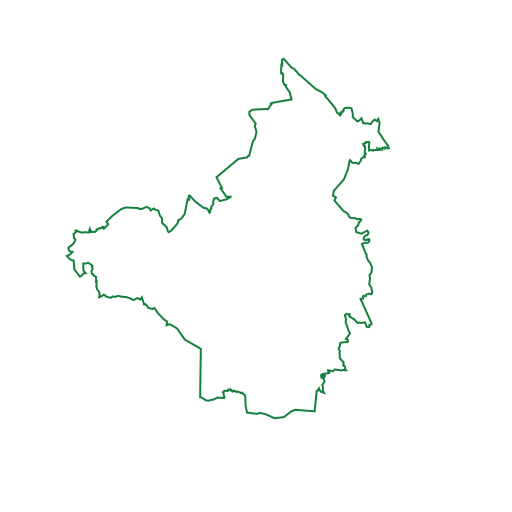 outline of Taxco de Alarcón, Guerrero, Mexico, rotated 334°
{"feature_id": "50627088B64619334383932", "entity_name": "Taxco de Alarcón", "entity_type": "district", "adm_level": 2, "iso_a3": "MEX", "parent_name": "Mexico", "parent_adm1": "Guerrero", "projection": "mercator", "projection_center": [-99.586, 18.522], "detail": "fine", "context": "isolated", "style": "outline", "palette": "green", "viewbox_px": 512, "rotation_deg": 334, "n_neighbors": 0, "source": "geoboundaries", "source_scale": "gbopen_adm2", "svg_char_len": 6127}
<svg xmlns="http://www.w3.org/2000/svg" viewBox="0 0 512 512"><g transform="rotate(334 256 256)"><path d="M210.3,413.0L219.3,411.2L223.8,411.4L240.6,421.3L251.3,404.0L252.4,404.2L254.5,402.6L254.4,403.9L254.8,406.4L257.2,408.8L257.1,406.3L258.7,403.1L259.2,400.8L262.2,399.2L263.0,397.8L263.0,395.6L261.7,394.3L262.8,394.0L264.6,394.7L265.3,394.2L265.4,393.8L264.6,393.2L262.4,392.8L261.9,392.3L262.6,391.5L264.4,391.4L270.4,393.2L270.9,393.0L270.4,391.1L270.8,390.2L274.6,393.3L277.2,392.6L282.6,396.3L284.7,396.7L285.8,397.7L286.9,398.2L286.6,396.6L287.3,395.1L287.4,393.6L286.9,393.5L286.5,392.2L287.2,391.7L288.1,389.6L286.6,385.5L287.0,385.1L286.7,383.8L288.1,381.4L288.4,379.9L289.7,378.3L289.6,376.4L289.9,375.0L291.3,374.3L293.9,371.0L301.0,373.4L301.8,371.4L300.5,370.0L306.4,366.9L306.6,365.4L306.4,364.0L307.6,354.6L309.2,352.5L309.9,348.1L312.5,347.8L313.3,348.9L314.2,349.2L313.6,349.6L314.2,350.3L313.6,351.0L313.6,351.7L314.3,352.1L315.3,354.5L316.3,355.4L318.0,360.8L320.2,361.3L320.9,362.2L324.8,363.4L324.5,367.2L324.8,368.7L326.5,369.4L327.1,369.0L327.6,367.7L329.2,368.1L329.9,367.9L330.3,367.4L331.2,340.4L333.6,341.2L333.9,340.1L335.1,338.8L336.9,340.3L338.2,339.0L341.6,339.6L342.6,340.8L343.5,340.7L344.3,340.0L344.9,338.9L345.2,336.8L345.8,335.1L345.3,331.2L348.7,326.0L349.6,322.9L351.5,322.1L352.8,321.0L353.8,319.8L354.3,318.3L354.8,318.0L355.4,316.3L355.6,311.6L354.9,310.1L354.8,308.8L355.1,304.5L356.1,303.3L355.8,301.9L356.4,292.6L356.7,291.6L360.4,291.9L360.9,292.7L361.7,293.0L362.8,293.1L363.9,292.6L364.9,291.3L364.9,290.4L364.2,289.8L363.1,290.3L361.8,289.8L360.2,288.6L360.2,287.8L360.7,286.9L362.4,285.9L363.9,285.7L364.6,286.0L366.2,285.5L367.5,284.0L367.2,282.0L360.4,282.1L356.6,278.4L357.7,274.4L361.0,273.3L363.5,270.8L365.3,270.4L366.5,269.2L366.4,268.8L365.0,267.9L363.2,267.5L361.8,265.5L358.7,263.9L357.2,262.5L356.8,260.8L357.3,259.6L356.2,256.6L354.3,254.0L351.3,242.4L350.9,240.4L353.5,238.4L351.6,235.6L354.5,231.5L368.6,225.7L376.8,218.2L381.5,211.9L382.6,211.0L383.5,214.5L386.8,216.2L388.6,218.2L392.0,216.2L393.2,214.8L395.6,214.3L397.3,214.8L397.5,213.9L397.2,213.3L399.4,212.4L399.0,211.2L399.4,211.1L399.5,209.9L401.7,206.6L401.6,206.0L402.1,204.7L401.3,204.3L401.3,202.2L403.9,202.5L404.2,201.8L407.0,202.6L407.7,203.5L405.1,207.7L403.9,210.8L406.0,211.1L407.3,212.6L408.0,212.3L412.2,214.2L412.3,212.9L413.0,214.0L414.3,213.5L414.5,214.1L413.9,214.8L415.6,215.6L415.5,214.9L417.4,214.1L417.7,214.9L418.9,216.0L419.8,214.9L421.5,216.5L421.6,217.1L422.6,217.4L423.0,215.1L421.6,206.8L420.6,197.8L425.5,190.6L426.0,186.4L423.9,187.8L423.6,186.9L423.1,186.8L422.5,185.4L420.0,186.0L416.7,187.8L414.4,185.6L413.0,185.2L411.6,184.0L410.7,183.9L411.1,178.5L408.1,179.5L406.5,179.5L406.0,179.2L403.9,173.4L405.2,171.1L406.5,165.4L405.3,163.8L404.3,163.7L403.8,163.1L400.6,161.9L398.5,162.9L398.1,164.3L397.6,164.5L396.1,163.9L395.5,164.1L395.6,164.9L395.1,165.3L394.8,164.6L394.4,164.6L393.9,166.0L393.1,166.5L392.4,163.7L391.6,162.4L392.0,158.0L389.1,145.3L388.5,144.1L388.3,142.3L389.1,142.0L387.1,137.8L383.0,132.3L375.0,113.1L374.0,111.7L373.3,107.5L372.7,106.8L372.4,104.7L370.4,101.9L367.3,90.8L366.8,90.7L365.1,91.4L364.7,92.7L364.1,93.4L364.3,93.9L363.9,94.9L363.3,94.6L362.5,95.3L362.8,96.6L361.6,97.0L359.0,102.0L359.6,102.9L358.9,103.3L360.1,104.5L356.5,111.6L356.8,113.9L356.4,114.4L357.9,115.6L356.9,116.9L358.1,123.4L356.6,130.8L337.1,125.3L336.3,125.5L336.5,126.3L330.8,129.4L330.3,128.6L317.8,123.3L316.0,123.0L313.2,123.5L311.9,126.4L313.7,136.9L311.5,139.1L311.6,140.5L310.8,144.7L306.5,150.1L303.6,151.5L293.7,162.9L292.7,162.6L291.3,163.5L282.7,161.0L255.0,167.9L255.2,180.0L253.8,179.7L255.4,189.9L259.9,191.7L254.7,192.2L247.6,190.8L246.4,186.6L245.6,186.3L245.2,186.6L243.5,186.0L240.8,189.2L240.3,190.7L237.7,191.9L236.9,193.3L236.4,193.3L235.9,194.2L234.5,195.0L234.2,196.2L233.2,196.7L233.0,192.1L229.7,189.4L224.9,179.6L222.9,172.5L222.1,172.4L221.1,174.2L220.9,175.9L220.6,176.2L219.4,175.1L210.2,187.1L205.1,189.6L201.5,189.9L200.3,191.9L196.0,194.0L191.1,196.0L188.4,196.4L187.9,196.2L187.6,194.9L188.3,191.0L186.1,185.0L188.1,180.9L187.3,177.4L188.1,173.0L187.7,172.0L186.2,170.8L185.0,168.5L181.3,168.8L181.2,166.4L179.2,164.0L177.2,163.7L174.4,163.8L173.4,163.1L172.6,163.1L171.7,162.5L170.9,161.1L160.2,155.3L157.0,154.9L154.6,154.9L144.5,157.0L136.7,159.5L137.1,162.7L131.1,164.8L130.9,164.3L131.6,163.1L131.0,162.5L128.7,163.1L127.8,162.3L126.3,162.7L124.3,162.3L123.6,163.3L122.2,163.8L119.0,162.5L118.6,162.2L118.4,161.2L118.6,158.8L117.2,160.1L117.0,161.8L116.1,161.6L113.0,159.8L109.5,158.5L106.5,155.5L105.8,154.2L105.1,153.9L104.3,155.7L101.7,156.2L100.3,160.1L100.8,160.9L100.7,162.3L98.6,164.1L96.1,165.3L91.2,166.2L90.4,168.2L90.7,170.1L92.9,171.9L90.2,173.0L86.0,173.1L87.3,177.5L90.1,180.2L86.9,188.4L88.6,197.3L89.7,197.4L93.3,196.1L95.3,196.8L94.6,193.6L95.5,191.0L97.5,187.0L100.0,188.3L102.0,188.4L103.6,190.7L104.7,193.3L103.9,193.6L103.6,195.8L101.5,197.4L101.0,198.7L100.8,200.1L101.7,200.9L101.4,202.3L103.1,204.6L101.6,207.8L102.0,208.5L100.7,209.1L101.0,210.3L99.4,212.8L99.6,213.3L99.0,213.7L98.6,216.1L99.2,219.1L99.0,220.8L97.9,223.3L96.9,224.3L97.5,224.7L99.0,224.2L100.1,224.5L101.2,224.1L102.5,224.2L103.3,226.3L105.9,229.0L107.8,230.0L109.4,229.5L111.8,231.2L113.5,231.1L114.9,231.6L118.2,234.2L121.4,236.0L124.9,239.4L125.9,241.2L127.1,242.0L131.1,241.8L133.0,244.5L135.3,243.1L134.2,250.5L135.4,250.7L136.2,252.8L136.3,255.2L139.5,258.1L142.0,258.4L142.7,264.0L145.3,272.4L147.4,276.0L145.3,279.1L148.6,279.4L153.2,286.3L155.4,299.9L165.7,315.3L143.9,358.4L145.0,359.3L147.9,363.9L150.1,365.4L152.7,365.6L154.7,366.5L159.2,366.3L165.0,369.6L165.9,368.9L165.8,367.9L166.6,365.3L166.5,364.0L167.3,364.1L168.0,363.4L169.0,363.5L171.0,364.8L171.9,364.8L172.3,363.9L173.4,364.6L174.3,364.4L174.8,365.3L174.5,365.9L175.3,367.2L175.7,366.8L176.6,367.7L177.2,367.4L177.7,368.3L178.4,368.5L178.8,369.7L179.8,369.6L181.8,371.6L182.4,372.7L183.7,372.7L184.0,374.3L185.2,376.5L181.0,386.1L179.3,392.8L187.6,398.3L190.8,398.8L195.2,402.3L201.6,410.0L210.3,413.0Z" fill="none" stroke="#15803d" stroke-width="2"/></g></svg>